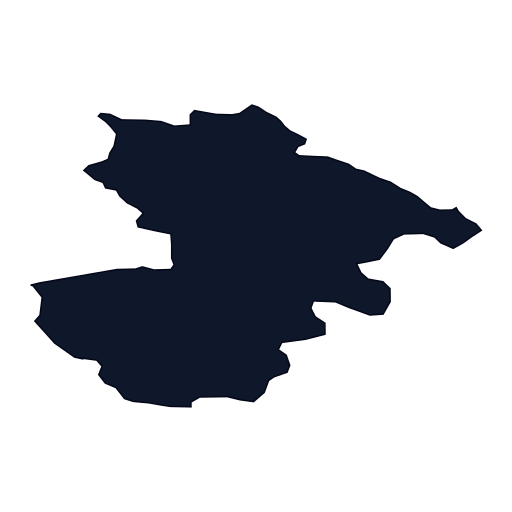 Östersund, Jämtland, Sweden
{"feature_id": "70781695B37612072070756", "entity_name": "Östersund", "entity_type": "district", "adm_level": 2, "iso_a3": "SWE", "parent_name": "Sweden", "parent_adm1": "Jämtland", "projection": "equal_earth", "projection_center": [14.922, 63.252], "detail": "fine", "context": "isolated", "style": "filled", "palette": "ink", "viewbox_px": 512, "rotation_deg": 0, "n_neighbors": 0, "source": "geoboundaries", "source_scale": "gbopen_adm2", "svg_char_len": 1819}
<svg xmlns="http://www.w3.org/2000/svg" viewBox="0 0 512 512"><path d="M251.9,105.1L239.7,113.5L232.1,114.8L216.2,114.4L206.2,112.7L194.5,110.6L190.3,114.8L190.3,125.0L174.4,126.2L161.0,121.6L145.1,120.3L121.7,119.9L110.0,114.4L100.8,113.5L98.3,116.1L105.8,121.6L110.8,126.7L116.7,133.9L114.1,146.2L109.9,153.0L108.2,159.3L102.3,161.9L88.9,165.7L83.9,170.4L89.7,175.1L94.8,179.4L103.1,182.4L105.6,187.9L116.5,190.0L119.8,196.0L127.4,202.9L137.4,208.0L143.3,213.2L136.5,220.9L138.2,226.9L155.8,230.8L170.9,233.8L171.7,244.1L171.7,258.3L174.2,264.8L170.8,269.5L154.0,270.0L142.3,266.9L135.6,269.1L130.9,269.2L117.9,269.5L117.7,269.4L39.8,282.9L30.7,285.1L33.0,285.7L42.2,297.3L40.0,315.3L34.9,321.1L54.7,343.1L74.6,357.1L82.0,358.7L81.6,358.1L96.7,360.1L102.1,366.3L98.8,374.7L105.3,383.1L116.0,387.6L124.6,398.6L133.3,401.4L148.9,402.8L161.3,405.0L170.4,406.4L191.0,406.8L190.9,402.1L199.7,397.0L227.1,396.6L240.3,399.8L253.6,401.6L264.2,392.4L268.6,380.5L273.9,376.8L287.1,372.2L289.7,365.3L286.2,355.2L278.2,349.7L281.8,342.4L305.6,339.2L325.0,334.2L324.9,323.2L315.2,316.8L310.8,308.2L313.4,300.9L335.5,301.8L348.7,307.3L369.9,315.0L383.1,314.1L390.1,301.8L390.1,298.0L390.0,288.6L383.0,281.8L368.0,279.1L360.9,272.8L356.5,263.7L366.2,261.9L379.4,259.2L387.2,248.8L393.4,238.8L403.9,233.9L423.3,233.4L434.7,237.0L440.9,242.9L453.2,248.3L462.9,242.9L471.6,236.6L481.3,230.3L476.0,224.0L465.4,218.6L458.3,211.4L456.2,207.7L452.1,210.0L439.8,210.2L430.6,207.9L423.4,201.9L417.2,196.6L410.1,192.5L400.3,188.5L390.6,182.3L379.3,178.4L364.0,171.1L355.8,169.3L348.6,164.3L336.3,160.2L327.6,157.1L312.8,156.5L299.0,155.8L294.4,152.4L298.0,146.4L304.6,143.8L306.1,139.2L296.9,134.3L289.8,130.9L284.2,126.0L280.6,121.3L276.0,117.2L266.3,112.5L258.1,107.1L251.9,105.1Z" fill="#0f172a" stroke="#020617" stroke-width="1.5"/></svg>